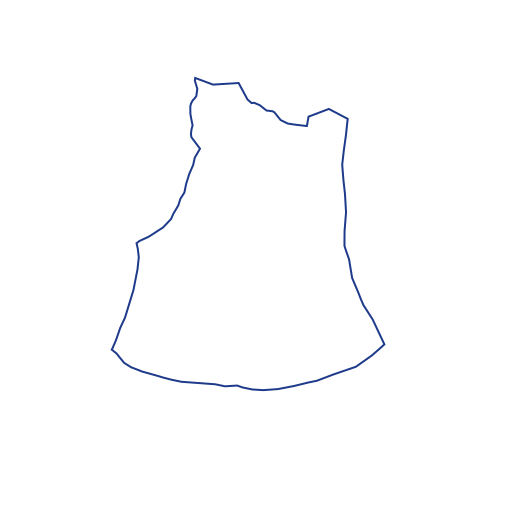 outline of Ukwuani, Delta, Nigeria, rotated 127°
{"feature_id": "59680162B21365932465956", "entity_name": "Ukwuani", "entity_type": "district", "adm_level": 2, "iso_a3": "NGA", "parent_name": "Nigeria", "parent_adm1": "Delta", "projection": "mercator", "projection_center": [6.243, 5.847], "detail": "fine", "context": "isolated", "style": "outline", "palette": "blue", "viewbox_px": 512, "rotation_deg": 127, "n_neighbors": 0, "source": "geoboundaries", "source_scale": "gbopen_adm2", "svg_char_len": 1388}
<svg xmlns="http://www.w3.org/2000/svg" viewBox="0 0 512 512"><g transform="rotate(127 256 256)"><path d="M150.4,411.7L152.8,410.3L157.8,403.5L164.2,399.9L167.7,399.9L169.8,400.2L173.5,399.6L176.2,398.4L181.9,394.0L185.3,390.4L189.8,385.3L190.7,384.9L193.7,383.7L197.7,381.4L198.3,380.8L200.0,379.1L204.0,365.3L214.2,364.1L221.3,360.9L230.6,358.7L240.4,355.2L248.4,351.4L255.8,350.8L262.3,348.5L272.2,347.4L277.5,346.1L289.1,347.4L305.2,353.3L314.1,358.1L317.7,359.1L321.4,354.7L327.8,348.6L328.8,348.1L337.8,342.7L356.9,333.4L384.1,323.5L395.0,321.2L407.7,317.1L417.3,314.8L417.6,314.8L417.8,308.5L418.8,304.9L420.7,296.9L420.0,288.8L416.7,277.1L412.4,266.2L410.1,260.2L409.0,257.1L405.6,248.9L401.3,239.8L383.0,211.4L380.3,205.7L378.7,202.3L370.8,193.1L369.1,187.7L364.8,178.6L358.7,169.4L349.0,158.3L336.7,147.2L325.2,137.8L319.0,132.3L303.9,122.8L284.4,109.6L275.4,106.7L265.6,103.6L255.7,101.5L249.3,100.3L236.5,124.6L230.5,140.8L227.4,146.2L223.5,152.5L215.7,166.0L205.5,176.7L202.7,179.6L198.0,186.7L194.8,191.3L191.7,193.7L182.6,200.4L166.9,210.4L153.0,222.2L142.5,232.1L131.2,242.1L119.0,249.3L106.6,256.2L104.2,257.6L91.3,265.3L94.7,286.3L113.1,297.9L121.6,293.6L127.8,304.2L131.1,310.3L132.6,318.1L130.2,327.8L130.4,329.8L133.5,335.2L133.3,343.7L134.7,349.6L136.5,351.6L136.1,357.0L128.3,374.0L145.0,393.5L150.4,411.7Z" fill="none" stroke="#1e3a8a" stroke-width="2"/></g></svg>